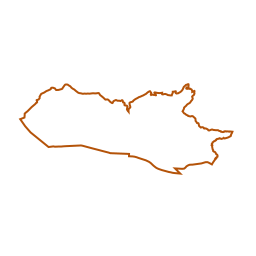 Poiana Campina, Prahova, Romania, rotated 141°
{"feature_id": "2599482B35117184166461", "entity_name": "Poiana Campina", "entity_type": "district", "adm_level": 2, "iso_a3": "ROU", "parent_name": "Romania", "parent_adm1": "Prahova", "projection": "robinson", "projection_center": [25.703, 45.113], "detail": "fine", "context": "isolated", "style": "outline", "palette": "amber", "viewbox_px": 256, "rotation_deg": 141, "n_neighbors": 0, "source": "geoboundaries", "source_scale": "gbopen_adm2", "svg_char_len": 5575}
<svg xmlns="http://www.w3.org/2000/svg" viewBox="0 0 256 256"><g transform="rotate(141 128 128)"><path d="M201.7,163.2L197.6,160.7L196.5,159.4L193.5,157.2L191.7,155.7L190.0,154.6L188.3,153.4L175.5,144.0L174.4,142.7L168.3,134.3L164.3,128.9L163.0,127.1L158.7,121.3L157.5,119.5L143.5,107.2L145.0,105.4L142.3,103.0L140.9,101.5L139.6,99.7L138.8,98.3L134.5,91.7L133.0,88.6L132.4,86.6L131.9,82.7L131.3,80.0L131.0,79.0L130.1,77.1L128.1,73.9L126.0,71.0L124.0,68.2L122.7,66.7L121.6,65.2L120.4,63.9L116.1,59.7L116.9,67.0L111.5,62.1L109.9,61.1L108.2,61.1L106.7,61.4L104.6,61.1L103.1,60.6L101.2,59.1L93.3,54.3L89.4,52.7L87.9,51.6L87.3,50.7L85.7,46.9L83.7,47.7L79.9,48.8L79.8,48.7L78.6,48.9L78.6,49.0L79.0,49.4L78.7,49.5L77.8,49.3L77.7,49.3L77.5,49.5L77.2,49.4L76.9,49.5L76.5,49.4L76.2,49.7L76.1,49.9L75.8,50.2L75.8,50.3L75.5,51.0L75.6,51.5L75.8,51.9L75.9,52.2L75.7,53.1L75.5,53.7L75.5,54.3L75.6,54.8L76.1,55.5L76.3,56.6L75.7,57.3L75.7,58.0L74.4,60.5L74.0,61.0L73.4,61.4L73.5,61.7L73.7,62.0L73.3,62.2L73.0,62.4L73.0,62.8L72.8,63.0L71.9,63.1L71.3,63.6L70.5,63.5L69.4,63.6L68.8,63.2L68.2,63.3L67.6,63.4L67.2,63.1L66.9,63.2L66.8,63.4L66.6,63.5L66.2,63.5L65.6,63.4L64.9,62.9L64.5,62.7L64.2,62.7L63.3,62.4L63.4,62.1L62.6,61.3L62.1,60.6L60.7,60.2L60.3,59.9L60.0,59.8L59.8,59.9L59.6,59.2L59.4,59.0L56.6,57.8L55.1,57.4L54.4,57.4L53.7,57.1L53.2,57.1L52.9,57.3L52.0,58.0L51.7,58.2L50.4,58.7L49.2,59.4L50.7,60.9L51.3,61.2L51.3,61.4L51.9,61.7L52.0,61.9L52.2,62.2L53.7,63.5L53.9,63.5L54.1,63.9L54.5,64.3L55.0,64.6L55.1,64.4L56.0,64.7L56.5,64.9L57.0,65.3L58.1,66.6L58.2,66.9L58.0,67.2L59.0,68.4L59.4,69.6L61.1,71.0L62.3,72.2L62.8,72.7L63.5,73.8L64.1,74.2L65.3,74.6L66.3,74.9L66.9,75.4L67.0,75.6L66.9,76.6L67.1,77.2L67.5,78.1L67.9,78.8L68.5,79.2L69.1,79.6L69.2,80.0L69.0,80.5L69.4,81.5L69.6,81.7L70.2,82.2L71.1,82.5L71.4,84.3L71.5,84.6L71.4,84.9L71.2,85.4L70.4,86.9L70.3,87.2L70.4,87.6L70.9,88.0L71.2,88.4L71.2,88.6L71.0,89.8L71.0,91.0L69.8,92.7L69.7,93.1L70.2,96.2L70.3,96.5L70.8,97.0L71.1,97.2L72.1,97.6L72.4,97.9L73.7,99.5L73.6,100.0L73.7,100.3L74.1,100.9L74.3,101.4L74.6,102.2L74.6,102.9L75.1,103.9L75.2,104.4L75.1,105.2L75.1,106.6L74.8,106.7L73.1,107.4L72.1,108.0L71.6,108.5L71.1,108.6L68.6,108.7L67.7,109.0L66.9,109.0L65.8,108.9L64.4,108.6L63.3,108.8L61.7,109.3L60.7,109.4L59.5,109.9L59.3,110.1L59.0,110.4L58.8,111.2L58.7,111.4L58.5,111.6L58.4,112.0L57.5,112.3L56.1,112.2L55.3,112.7L54.8,112.8L54.6,113.1L54.4,113.6L54.2,113.8L53.1,114.8L53.1,115.1L53.3,115.2L54.4,115.3L55.3,115.6L55.1,115.8L54.6,117.0L54.4,117.6L54.4,118.0L54.9,119.2L55.0,119.1L55.3,119.3L55.4,119.7L55.7,120.2L56.8,120.8L57.5,121.3L57.8,121.8L57.6,122.1L57.6,122.3L57.4,122.3L57.1,122.2L57.0,122.3L56.8,122.4L56.5,121.8L55.9,121.6L55.0,122.1L54.3,122.8L53.8,123.3L53.5,124.0L53.8,124.3L54.5,124.3L55.1,124.7L55.8,125.0L56.0,125.0L56.8,124.9L58.8,124.8L61.3,123.5L62.9,123.1L64.4,123.0L65.1,123.1L66.9,123.4L67.4,123.5L67.8,123.9L68.4,124.1L68.6,124.3L68.8,124.8L68.9,125.1L68.8,125.4L68.5,125.8L67.8,126.4L67.8,126.5L68.1,126.7L69.5,127.4L70.4,128.0L71.1,127.2L71.4,127.0L72.8,126.3L73.5,125.8L74.5,126.6L75.5,127.7L76.3,128.5L76.5,129.2L76.7,129.5L77.0,130.1L77.6,131.0L78.5,131.6L79.3,131.9L79.9,132.3L80.2,132.6L80.2,132.8L80.2,133.0L79.3,133.9L81.2,135.0L82.0,135.7L83.2,136.9L84.4,138.4L84.8,138.8L85.0,138.9L85.3,138.8L85.3,137.2L85.5,136.2L85.7,135.9L85.9,136.0L86.1,136.3L86.4,136.9L87.5,137.8L87.7,138.1L88.2,138.8L88.8,139.0L89.3,139.1L89.3,139.5L89.2,139.7L88.8,140.0L88.1,140.4L87.9,140.6L87.8,140.9L87.8,142.8L88.7,143.1L90.3,143.3L92.7,143.2L93.5,143.4L95.9,143.8L96.8,144.1L98.8,144.6L100.0,145.1L101.7,145.3L103.1,145.6L104.1,145.8L106.8,145.9L107.2,145.6L107.9,145.6L109.5,146.3L110.1,146.5L110.7,146.6L111.1,146.5L111.3,146.3L112.0,145.1L112.6,143.5L112.9,143.0L113.1,142.7L113.7,142.5L114.9,142.4L115.6,142.2L116.3,141.7L117.3,140.3L117.3,140.5L117.4,141.2L117.2,142.7L117.1,143.1L116.6,143.6L115.1,144.9L114.9,145.0L114.8,145.4L114.8,145.7L114.9,146.1L115.2,146.5L116.0,147.3L116.2,147.6L116.3,147.8L116.2,148.3L115.2,149.1L115.0,149.6L115.0,150.0L115.5,150.7L115.7,151.0L115.0,152.4L114.9,152.8L115.0,153.2L115.2,153.4L115.5,153.5L116.7,153.6L116.9,153.7L117.5,154.6L118.9,155.7L119.4,156.6L119.6,157.1L119.9,157.4L121.8,157.9L122.3,157.9L122.6,157.9L124.1,157.2L124.4,157.2L124.6,157.3L124.9,157.9L125.2,159.0L125.3,159.7L125.5,160.1L125.4,160.9L125.5,161.9L125.7,162.6L125.8,162.9L126.2,163.3L127.7,164.3L127.8,164.9L128.1,167.4L128.4,168.6L128.5,169.5L128.9,170.7L128.9,171.8L128.7,172.9L128.7,173.3L128.8,173.5L129.0,173.8L129.3,174.0L130.7,174.8L131.7,175.5L133.2,176.9L133.9,177.4L136.3,178.9L137.6,180.1L139.0,181.0L140.1,182.1L141.4,182.9L141.9,183.4L142.7,184.5L144.0,185.9L144.5,186.8L145.2,189.7L145.5,191.5L145.7,192.2L146.1,193.0L146.5,194.5L146.6,194.8L146.6,196.7L146.7,196.9L147.1,197.9L147.6,199.7L148.3,200.4L148.7,200.8L149.5,201.2L149.8,201.2L150.9,201.0L151.8,200.7L152.6,200.5L153.7,200.2L154.2,199.9L154.5,199.9L155.0,200.0L158.0,201.3L159.9,202.7L160.0,203.0L159.9,204.4L159.9,204.8L161.0,206.6L161.3,206.8L161.9,207.3L162.2,207.4L162.7,207.4L163.0,207.3L163.2,207.0L163.6,206.9L164.3,206.9L165.2,207.2L166.2,207.4L167.3,207.8L168.5,208.1L169.9,208.2L170.8,208.3L173.8,209.1L174.4,209.0L176.4,208.2L177.0,208.0L177.4,207.4L177.9,206.8L178.2,206.7L178.8,206.6L179.6,206.4L180.2,206.6L181.1,207.1L181.5,207.1L181.7,206.7L181.9,206.0L182.3,205.3L182.6,205.2L183.3,205.1L183.7,205.3L184.9,205.0L189.7,204.9L194.1,204.4L196.1,204.2L196.5,204.3L199.2,204.2L200.6,202.6L201.9,201.3L206.2,202.7L206.8,194.1L206.5,185.9L201.7,163.2Z" fill="none" stroke="#b45309" stroke-width="2"/></g></svg>